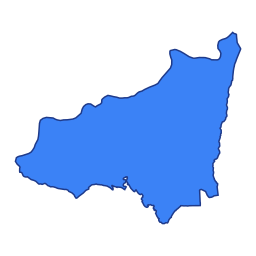 the district of Magura, Buzau, Romania
{"feature_id": "2599482B29533090447185", "entity_name": "Magura", "entity_type": "district", "adm_level": 2, "iso_a3": "ROU", "parent_name": "Romania", "parent_adm1": "Buzau", "projection": "albers", "projection_center": [26.561, 45.264], "detail": "fine", "context": "isolated", "style": "filled", "palette": "blue", "viewbox_px": 256, "rotation_deg": 0, "n_neighbors": 0, "source": "geoboundaries", "source_scale": "gbopen_adm2", "svg_char_len": 5857}
<svg xmlns="http://www.w3.org/2000/svg" viewBox="0 0 256 256"><path d="M218.1,195.2L217.1,186.5L217.4,186.0L217.7,183.9L217.4,183.3L216.5,182.9L216.2,181.9L215.1,180.8L215.0,180.3L214.3,179.3L214.3,178.6L213.9,177.9L213.5,176.7L213.1,175.2L213.6,172.9L213.6,172.0L213.1,170.4L213.4,167.8L213.3,167.5L212.9,166.9L212.7,166.1L213.0,165.5L212.9,163.5L214.6,161.2L214.1,160.4L214.1,160.2L214.6,159.9L215.2,159.2L216.1,159.1L216.4,158.9L216.9,158.5L217.4,158.0L218.2,155.8L219.0,154.1L219.7,153.1L219.7,152.0L219.5,151.4L219.5,151.1L218.4,149.0L218.4,148.4L218.7,147.6L219.6,146.4L219.7,145.9L219.7,144.9L219.5,144.0L219.6,143.4L219.5,142.9L219.0,142.0L218.9,141.2L220.2,137.6L220.1,136.5L220.7,135.4L220.6,134.1L220.7,133.7L221.2,133.2L221.2,130.4L221.0,129.7L220.3,128.8L220.1,128.5L220.1,128.2L220.2,127.9L220.8,127.3L221.0,126.5L221.2,124.6L222.3,122.0L222.6,121.8L223.3,121.7L223.8,121.5L224.5,120.7L225.4,119.5L225.7,118.7L225.7,117.6L226.8,116.4L226.9,115.4L226.7,114.4L226.4,113.5L226.4,113.0L226.7,110.4L227.2,109.6L227.4,109.0L227.4,107.2L226.9,106.4L226.7,105.7L226.5,104.9L226.7,104.0L227.0,103.4L227.3,101.7L227.3,100.6L227.1,99.2L227.1,98.8L228.5,96.6L228.8,95.1L228.7,94.6L228.9,94.5L228.3,93.0L228.2,92.0L228.5,90.4L228.6,88.8L229.0,87.6L229.8,86.4L230.7,85.4L231.0,84.7L231.5,82.4L231.5,81.7L231.7,81.3L231.9,80.6L232.4,80.4L232.5,80.3L232.8,78.1L232.7,77.3L232.8,76.2L233.4,70.6L233.9,67.6L234.2,66.7L234.6,64.3L235.8,61.4L236.5,59.3L237.6,56.5L240.6,49.2L240.6,48.6L237.2,42.7L236.6,37.3L236.4,34.4L235.8,34.0L233.8,33.4L232.7,32.4L228.8,36.3L227.2,37.6L225.5,38.5L222.2,39.5L219.6,40.8L218.6,42.0L217.8,45.3L218.0,48.5L220.0,51.1L220.9,53.4L220.5,56.5L219.9,57.9L218.9,59.2L217.8,59.8L216.5,59.9L211.6,59.8L209.7,58.8L205.1,57.6L199.4,57.5L194.8,58.2L193.3,58.2L189.1,56.7L183.9,53.4L180.2,51.3L178.4,50.6L176.2,49.7L174.7,49.5L170.3,50.6L169.9,51.5L169.9,53.9L170.8,57.4L171.8,60.0L171.7,64.6L170.4,68.1L162.1,77.6L159.6,81.0L157.9,83.5L154.9,85.1L149.5,87.2L144.6,89.5L141.9,91.1L139.1,91.9L137.5,93.0L135.2,95.2L134.2,95.8L133.3,96.1L131.3,96.3L128.3,97.6L126.9,97.8L124.7,97.8L122.1,98.1L119.6,98.1L116.7,97.2L113.8,96.7L111.0,96.0L107.9,95.4L104.6,97.1L102.4,99.0L101.8,99.9L101.7,102.2L101.6,102.8L100.4,104.1L98.3,105.1L96.7,106.0L95.6,106.9L94.1,106.3L90.7,104.0L88.0,103.8L85.8,104.6L83.6,106.5L82.2,109.1L81.1,113.3L75.8,117.9L72.7,119.1L67.2,119.8L63.6,119.9L60.3,120.5L57.2,119.9L55.5,119.3L53.1,118.0L46.4,117.4L43.0,118.4L40.4,120.3L39.5,123.3L38.9,132.0L38.5,136.2L37.9,139.5L35.3,144.4L34.3,147.5L32.7,150.1L31.1,152.1L28.8,153.5L22.0,155.7L19.4,156.2L17.8,156.8L16.4,157.7L15.6,160.8L15.4,161.3L17.2,164.2L19.6,166.4L19.8,166.8L20.0,167.3L19.7,168.2L19.6,171.1L19.8,172.2L21.0,172.3L21.6,172.6L22.1,173.2L23.1,175.6L23.9,176.4L24.6,176.7L25.8,177.0L26.5,177.0L27.4,176.8L31.3,179.7L32.0,179.7L32.5,180.0L33.7,180.3L35.7,181.2L36.4,181.8L38.4,183.7L39.0,184.1L40.8,183.9L41.9,184.3L42.4,184.3L44.4,183.5L45.0,183.4L45.5,183.6L46.4,184.3L48.0,185.7L49.3,186.1L50.5,186.8L52.6,186.7L53.3,186.8L55.7,187.5L57.0,188.1L58.2,188.5L64.8,189.5L66.0,189.4L67.1,189.8L68.1,190.3L68.7,191.3L69.0,191.5L71.2,192.5L72.1,193.0L73.9,194.7L74.3,195.2L74.6,196.0L74.9,196.6L76.1,198.2L77.1,197.9L78.0,197.1L79.1,196.1L83.3,193.0L85.6,190.6L86.5,190.0L88.7,189.1L88.8,188.6L88.6,187.9L88.6,187.6L88.8,187.3L91.5,185.0L92.3,184.7L94.4,184.5L96.2,184.0L97.1,184.4L98.4,184.6L99.0,184.5L100.1,184.8L100.9,184.8L101.2,184.7L104.0,185.6L104.9,185.6L107.2,186.1L110.4,187.9L112.3,189.7L112.6,189.8L112.9,189.7L112.5,189.1L112.5,188.9L113.0,189.0L113.1,188.8L112.8,188.0L112.9,187.1L111.9,186.1L111.8,185.8L112.0,185.5L112.4,185.5L113.2,186.0L115.1,186.7L116.6,187.0L116.8,187.1L116.8,187.3L117.1,187.4L117.3,187.1L117.5,187.0L121.0,187.4L122.5,188.1L124.5,189.6L124.8,189.6L124.8,189.1L125.8,187.8L126.1,187.1L126.1,186.7L125.6,186.4L124.8,186.4L123.8,186.2L123.5,185.9L123.2,185.2L123.2,184.9L123.8,183.6L124.3,183.2L125.1,182.9L125.5,182.3L125.7,181.4L126.0,180.9L126.1,180.2L125.7,179.9L125.2,179.8L123.7,179.6L123.4,179.4L123.3,178.8L123.6,178.2L124.5,177.6L125.9,177.1L125.9,176.9L126.5,176.8L127.1,176.9L127.3,177.2L127.3,177.6L127.1,178.1L127.3,178.5L127.2,178.8L126.5,180.2L126.5,180.5L126.6,181.5L126.7,181.9L127.3,182.2L127.9,183.4L127.4,183.9L127.4,184.1L128.1,184.8L128.6,184.6L128.9,184.7L130.0,186.7L130.2,187.3L130.6,187.7L130.8,188.3L133.6,191.2L134.1,191.5L134.7,191.6L135.3,190.8L135.6,190.2L135.8,190.0L136.0,189.9L138.0,192.9L138.6,193.5L139.4,194.2L140.3,194.6L141.2,194.1L141.7,194.0L141.9,194.1L143.0,195.7L142.9,196.2L142.6,196.5L142.6,196.8L142.7,197.2L141.8,198.0L141.5,198.4L141.6,198.8L141.4,199.1L141.5,199.4L142.5,200.5L142.6,200.8L142.0,201.7L142.1,201.9L142.5,202.3L144.0,205.3L145.3,206.7L146.8,207.3L147.1,207.3L148.0,206.8L148.2,206.5L148.0,205.9L148.1,205.6L147.8,205.3L147.7,205.2L148.4,204.8L148.9,205.0L149.7,204.9L150.5,204.6L151.9,205.4L152.5,205.5L153.6,205.4L153.7,205.6L153.7,205.9L154.1,206.2L154.1,206.4L153.9,206.8L153.8,207.2L153.4,207.7L153.3,208.2L153.5,208.6L154.2,209.0L154.0,209.8L154.1,210.0L154.7,210.2L155.0,210.5L155.5,210.1L155.8,210.5L156.3,210.9L156.2,212.1L155.9,212.9L155.6,213.2L157.1,216.5L158.1,217.9L158.1,218.2L158.2,218.3L159.0,218.6L158.8,219.2L158.7,219.9L159.0,220.9L159.6,221.8L160.0,222.2L161.2,222.3L162.3,223.5L163.2,223.6L164.3,223.6L165.8,222.7L167.5,222.9L167.9,222.4L168.7,220.5L168.8,220.0L169.2,219.4L170.3,218.0L171.3,217.3L171.3,216.6L171.8,215.6L173.6,212.7L175.3,210.5L175.7,210.6L176.7,209.4L178.0,208.5L178.0,208.4L180.6,206.1L180.7,205.7L182.3,205.7L183.9,205.9L186.0,205.8L187.6,206.0L189.8,205.7L200.2,205.6L200.3,205.2L200.3,202.9L200.1,201.7L199.6,190.3L199.9,189.9L201.1,189.4L202.2,189.8L205.6,191.5L207.3,195.3L208.7,197.1L209.4,197.5L211.5,197.2L213.0,196.6L213.5,196.1L214.3,195.8L218.1,195.2Z" fill="#3b82f6" stroke="#1e3a8a" stroke-width="1.5"/></svg>